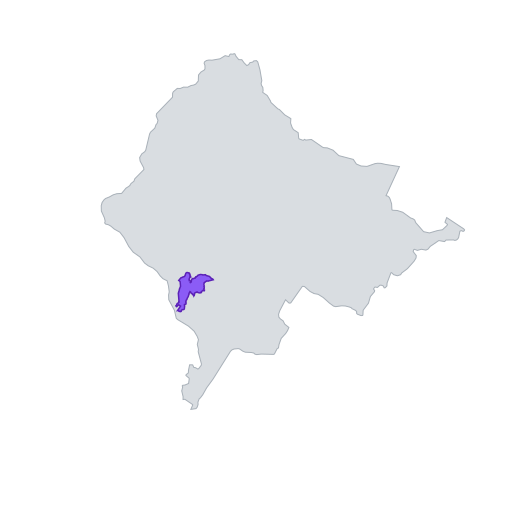 location of Inongo, Bandundu, Democratic Republic of the Congo, rotated 303°
{"feature_id": "63176286B68796769615290", "entity_name": "Inongo", "entity_type": "district", "adm_level": 2, "iso_a3": "COD", "parent_name": "Democratic Republic of the Congo", "parent_adm1": "Bandundu", "projection": "albers", "projection_center": [18.143, -1.932], "detail": "fine", "context": "in_parent", "style": "filled", "palette": "violet", "viewbox_px": 512, "rotation_deg": 303, "n_neighbors": 0, "source": "geoboundaries", "source_scale": "gbopen_adm2", "svg_char_len": 8361}
<svg xmlns="http://www.w3.org/2000/svg" viewBox="0 0 512 512"><g transform="rotate(303 256 256)"><path d="M409.1,327.6L377.4,332.2L378.0,334.0L377.7,335.9L376.8,337.4L373.6,341.3L368.8,344.8L368.8,345.7L371.1,349.7L372.6,355.2L372.1,364.9L372.7,367.5L372.6,369.5L371.0,371.7L367.7,383.3L369.8,388.9L376.0,394.2L379.6,398.1L385.8,399.6L386.8,399.4L387.2,396.1L392.1,395.0L391.9,415.5L391.5,416.7L390.6,416.9L389.4,416.3L389.1,414.3L387.8,413.5L381.8,415.9L380.2,415.9L378.6,415.4L377.4,414.3L377.0,412.8L372.9,406.7L370.8,406.3L368.5,400.9L359.0,396.9L355.4,396.5L353.5,395.3L351.7,391.0L348.6,388.3L347.9,385.2L347.2,384.8L345.3,385.4L343.6,390.2L341.5,391.3L337.6,391.4L327.9,389.9L321.0,387.4L319.1,387.5L316.4,385.3L315.3,381.6L315.9,378.7L315.4,378.3L304.8,380.6L302.2,382.1L299.8,381.7L299.1,380.9L300.2,378.9L299.7,376.8L298.9,375.8L295.8,375.0L294.8,372.7L292.9,372.4L292.2,372.7L291.7,374.3L290.6,374.8L284.3,374.0L277.7,376.0L268.9,375.4L264.7,377.8L264.1,377.7L263.2,376.5L262.4,372.6L262.8,371.5L264.1,370.8L264.6,369.2L264.1,365.1L264.5,364.2L264.0,361.8L262.7,358.1L260.9,355.0L256.9,350.4L256.2,348.3L256.5,343.2L257.8,335.0L257.7,329.0L256.1,325.1L255.7,320.8L256.8,313.2L255.8,311.4L235.7,310.7L234.9,310.1L234.5,309.1L235.4,304.6L223.2,305.7L219.5,306.6L217.2,308.4L216.5,310.7L216.4,314.0L214.5,317.2L214.0,322.5L210.6,323.1L207.2,323.1L200.7,322.0L194.3,323.5L191.2,324.9L189.6,324.2L183.9,324.8L183.1,324.4L176.6,313.8L173.7,310.3L173.1,308.6L173.4,307.0L172.6,304.8L169.5,299.4L169.0,296.9L169.1,292.9L168.7,291.6L166.0,288.2L164.2,287.0L162.2,286.5L129.4,287.0L118.5,286.4L110.6,286.9L106.6,286.6L105.4,286.1L101.8,286.9L99.9,288.3L97.1,289.0L95.3,288.8L91.9,284.9L96.5,284.1L96.9,283.8L97.1,274.4L95.9,273.0L98.4,271.4L102.4,267.2L106.3,265.8L106.8,264.9L107.6,264.9L109.1,266.7L112.4,268.9L116.6,266.9L117.1,266.4L117.6,262.3L118.6,262.0L120.4,262.8L121.4,262.8L123.2,261.7L128.6,259.6L130.2,262.2L128.7,264.5L129.4,266.2L129.5,268.8L130.4,269.3L134.6,269.6L135.8,269.0L144.2,259.7L146.4,258.6L149.9,254.9L154.5,253.3L156.6,250.4L159.2,245.2L160.4,237.7L160.0,224.8L160.4,223.0L166.0,217.2L171.8,206.7L175.7,203.9L178.6,202.8L183.2,198.9L186.8,195.0L186.3,190.3L187.1,186.5L189.1,181.5L189.8,176.3L189.1,170.9L189.4,166.4L192.0,159.2L192.3,151.0L194.7,144.1L199.5,135.4L201.8,128.9L201.4,122.5L202.0,117.8L201.8,115.0L200.9,112.6L201.3,111.1L203.1,110.5L205.4,108.1L209.5,101.8L213.9,98.8L217.0,97.8L220.2,97.9L222.3,98.5L225.7,100.9L229.5,102.9L232.4,105.3L235.3,109.2L242.1,110.0L245.1,111.4L246.9,111.9L247.5,111.6L249.0,111.8L252.2,112.9L254.8,112.3L267.5,114.9L268.9,113.6L272.5,107.1L275.2,104.8L279.5,104.6L282.9,105.9L284.7,105.9L300.4,100.3L302.4,100.1L308.1,101.5L311.8,100.6L313.3,100.9L316.4,99.9L319.1,96.0L321.2,95.1L343.7,99.5L347.1,97.4L348.7,97.2L353.7,98.7L355.2,101.2L358.2,103.3L360.3,106.7L363.6,108.7L365.3,110.5L367.2,111.8L371.3,112.3L376.5,109.2L380.2,109.6L383.8,111.3L385.1,111.3L387.9,109.5L389.4,107.5L390.8,107.1L393.0,108.0L394.7,109.8L396.3,112.5L401.8,118.4L407.2,121.0L408.5,124.6L410.5,124.3L411.5,124.6L412.8,126.9L413.8,127.4L414.0,128.3L412.6,130.5L411.3,134.6L412.9,137.2L411.5,140.8L410.7,144.6L412.5,145.6L414.8,145.6L416.8,147.6L418.4,147.9L420.1,150.0L419.7,151.8L414.3,157.9L406.2,165.4L403.5,166.3L402.1,167.7L401.1,169.9L398.7,171.8L396.9,172.5L396.7,178.0L393.9,183.7L392.9,184.9L391.3,194.2L391.6,195.8L390.0,203.3L390.2,210.4L386.3,212.6L383.6,216.1L382.4,218.5L382.4,224.2L378.0,227.7L377.7,228.5L378.7,232.6L380.3,233.2L380.3,234.6L383.9,239.0L383.5,252.4L383.7,253.7L385.5,256.9L386.7,263.0L385.3,270.8L390.0,285.0L387.8,290.1L388.7,295.1L391.6,300.3L398.3,305.5L400.1,307.6L401.8,310.5L403.4,314.9L409.1,327.6Z" fill="#d9dde1" stroke="#a8b0b8" stroke-width="1"/><path d="M182.6,211.0L182.1,211.4L175.8,216.3L175.7,216.3L175.6,216.1L175.4,216.2L175.1,216.6L174.8,216.5L174.7,216.4L174.3,216.4L174.2,216.4L174.1,216.2L173.9,216.1L173.4,215.9L173.1,215.9L172.8,215.8L172.5,215.8L172.2,215.9L171.7,216.1L171.4,216.2L171.2,216.2L170.7,215.9L170.4,216.2L170.3,216.6L170.2,216.9L170.3,217.1L170.5,217.1L170.8,216.9L171.1,217.1L171.2,217.3L171.3,217.3L171.6,217.4L171.8,217.5L172.3,217.5L172.9,217.7L172.9,220.0L167.6,219.9L167.7,220.0L167.8,220.5L167.8,220.9L167.8,221.0L167.7,221.2L167.7,221.6L167.9,221.7L167.9,222.2L168.0,222.3L168.3,223.1L168.6,223.3L168.8,223.4L169.0,223.1L169.5,223.1L170.6,223.3L170.8,223.3L171.0,223.5L171.5,224.3L171.7,224.5L171.9,224.6L172.2,224.7L172.5,224.7L172.8,224.6L174.2,223.9L174.4,223.7L174.9,223.6L175.1,223.4L175.6,223.0L175.7,222.9L176.0,222.5L176.4,222.5L176.5,222.5L177.0,223.1L177.3,223.2L177.6,223.4L178.1,223.2L178.3,223.0L178.6,222.7L178.8,222.7L178.9,222.3L179.0,222.2L179.6,221.9L179.8,221.9L179.9,222.0L180.0,222.0L180.2,221.8L180.4,221.7L180.5,221.6L181.1,221.5L181.4,221.6L181.5,221.7L181.8,221.7L182.3,221.6L182.8,221.4L183.0,221.4L183.5,221.3L183.9,221.3L184.2,221.3L185.2,221.2L185.3,221.2L186.1,220.9L186.4,220.8L187.0,220.8L187.1,220.7L187.3,220.7L187.5,220.4L187.9,220.4L188.0,220.3L188.2,220.2L188.4,220.2L188.6,220.1L189.5,220.1L190.2,220.0L190.2,220.5L190.2,220.8L189.9,221.1L189.8,221.3L189.8,221.5L189.7,221.7L189.5,221.9L189.4,222.1L189.4,222.4L189.6,222.8L189.5,223.0L189.6,223.3L189.6,223.5L189.4,223.6L189.3,223.8L189.2,223.9L189.3,224.0L189.2,224.2L189.2,224.3L189.2,224.6L189.0,225.0L188.9,225.4L188.7,225.6L188.9,225.6L189.2,225.7L189.3,225.7L189.6,225.5L189.8,225.5L190.0,225.5L190.1,225.4L190.2,225.2L190.4,225.2L190.8,225.1L191.0,225.0L191.1,224.8L191.4,224.8L191.9,224.9L192.4,225.2L192.5,225.2L192.6,225.4L192.9,225.7L193.0,225.8L193.3,225.8L193.7,226.1L193.8,226.4L193.7,226.5L193.7,227.1L194.1,228.3L194.3,228.7L194.6,229.3L194.8,229.4L195.2,229.4L195.5,229.4L195.6,229.5L195.6,230.0L195.9,230.0L196.1,230.0L196.6,229.8L196.9,229.9L198.0,230.0L198.3,230.8L198.4,231.2L198.5,231.4L198.7,231.6L198.8,231.6L199.4,231.3L199.4,231.1L199.3,230.7L199.6,230.4L200.2,230.0L200.3,230.0L200.6,230.2L200.9,230.1L201.1,230.0L201.2,229.9L201.3,229.8L201.4,229.7L201.6,229.5L201.8,229.2L202.0,229.0L202.1,228.9L202.4,228.9L202.6,229.0L203.1,228.4L203.5,228.0L203.7,227.8L204.1,227.6L204.3,227.5L204.7,227.4L204.8,227.4L205.1,227.1L205.3,227.2L205.8,227.3L206.0,227.4L206.1,227.5L206.7,227.5L206.9,227.7L207.1,227.8L207.3,227.8L207.5,227.8L207.9,228.2L208.2,228.4L208.4,228.4L208.4,228.5L208.6,229.0L208.8,229.4L209.0,229.7L209.4,229.9L209.5,230.0L210.3,230.8L211.1,231.5L212.6,232.9L212.7,233.0L212.8,233.1L212.9,232.9L213.0,232.7L213.1,232.2L212.9,230.8L213.0,230.6L213.0,230.4L213.0,230.0L213.1,229.8L213.2,229.3L213.3,229.1L213.4,228.7L213.5,228.2L213.4,227.7L212.8,225.8L212.5,224.7L212.7,224.2L212.8,223.8L212.7,223.6L212.4,223.3L212.2,223.2L211.9,222.6L211.4,222.1L211.1,221.7L211.1,221.2L211.0,220.9L210.2,219.4L208.3,217.8L208.1,217.8L207.8,217.8L207.5,217.8L207.4,217.8L206.9,217.6L206.6,217.4L206.3,217.2L206.1,217.1L205.8,216.8L205.7,216.8L205.4,217.1L205.2,216.9L204.8,216.9L204.7,216.8L204.4,217.0L204.3,216.9L203.7,216.4L203.2,216.0L202.9,215.9L202.8,215.7L202.7,215.2L202.3,215.0L202.1,214.9L201.6,215.0L201.1,214.9L200.9,214.9L200.7,215.0L200.3,215.1L200.2,215.2L200.1,215.3L199.7,215.3L199.3,215.7L199.1,215.8L198.7,215.8L198.3,215.6L198.2,215.6L197.9,215.4L198.0,215.2L198.3,215.2L198.4,215.3L198.5,215.3L198.7,215.2L199.1,214.7L199.2,214.4L199.4,213.5L199.6,213.2L199.7,212.9L199.8,212.8L199.7,212.8L199.8,212.7L200.0,212.7L200.3,212.5L200.6,212.4L200.9,212.4L201.1,212.3L201.3,212.3L201.7,212.2L202.1,212.3L202.9,211.8L203.0,212.0L203.0,212.5L203.4,212.2L203.5,211.9L203.6,211.7L203.5,211.4L203.8,211.3L204.1,210.9L204.5,210.8L204.8,210.5L204.9,210.2L204.7,209.9L204.9,209.6L205.0,209.5L205.3,209.5L205.4,209.4L205.1,208.4L204.9,208.0L204.7,207.3L204.6,207.1L204.2,206.8L203.6,206.6L203.3,206.6L203.1,206.6L202.7,206.7L202.4,206.8L202.1,206.8L201.7,207.0L201.4,207.1L201.1,207.2L200.9,207.2L200.6,207.1L200.4,207.1L200.2,207.2L199.9,207.2L199.7,207.0L199.6,206.9L199.2,206.7L198.8,206.3L198.7,206.1L198.0,205.9L197.8,205.7L197.5,205.4L197.2,205.3L196.8,204.9L196.7,204.9L196.0,204.8L195.3,204.7L194.9,204.7L194.6,204.6L194.3,204.6L194.0,204.6L193.7,204.5L193.4,204.5L193.4,205.5L193.2,206.3L191.7,207.5L189.5,209.2L189.1,209.3L186.4,209.8L186.2,210.0L184.7,210.5L184.4,210.6L184.0,210.6L183.8,210.7L183.4,210.9L183.2,211.0L182.8,211.0L182.6,211.0Z" fill="#8b5cf6" stroke="#5b21b6" stroke-width="1.5"/></g></svg>